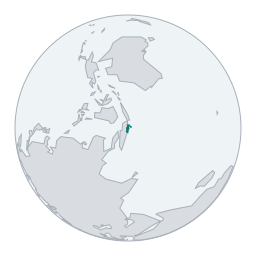 globe centered on Bengkulu, rotated 234°
{"feature_id": "IDN-1225", "entity_name": "Bengkulu", "entity_type": "Province", "adm_level": 1, "iso_a3": "IDN", "parent_name": "Indonesia", "parent_adm1": "", "projection": "orthographic", "projection_center": [102.58, -3.868], "detail": "fine", "context": "on_globe", "style": "filled", "palette": "teal", "viewbox_px": 256, "rotation_deg": 234, "n_neighbors": 0, "source": "natural_earth", "source_scale": "10m", "svg_char_len": 7815}
<svg xmlns="http://www.w3.org/2000/svg" viewBox="0 0 256 256"><g transform="rotate(234 128 128)"><circle cx="128" cy="128" r="113" fill="#eef3f6" stroke="#a8b0b8"/><path d="M233.6,157.5L233.4,158.3L233.6,157.5ZM174.3,25.3L172.7,24.6L174.5,25.5L167.5,22.5L170.3,23.6L174.3,25.3ZM164.2,21.3L162.8,20.9L163.1,21.0L164.2,21.3ZM32.6,68.1L31.3,70.6L34.5,66.1L35.2,68.5L37.9,67.8L45.2,58.5L40.7,59.3L43.5,55.2L49.8,50.8L54.2,50.7L55.4,49.2L55.6,46.0L59.6,43.2L56.0,44.8L55.2,46.2L53.0,47.4L53.5,46.3L54.9,45.2L54.4,44.7L47.9,50.5L46.4,52.6L43.4,54.4L40.6,58.1L38.7,60.2L42.6,54.7L44.5,52.5L47.0,49.8L54.5,42.6L62.7,36.2L63.0,36.0L64.4,35.1L68.1,32.7L67.9,32.9L71.3,30.8L74.1,29.6L73.6,29.4L77.8,27.2L81.8,25.3L83.1,24.7L79.8,26.2L91.2,21.5L93.0,21.0L90.0,22.8L86.8,24.0L86.2,23.8L82.8,25.7L84.9,24.7L84.8,25.1L88.9,23.5L89.0,23.7L92.7,22.0L93.3,22.1L90.9,23.1L97.4,21.4L99.8,21.5L101.2,21.1L102.0,20.6L104.5,21.4L105.4,21.0L105.0,20.6L106.5,19.7L110.3,18.6L110.9,19.0L109.6,19.4L108.0,21.1L104.5,22.5L105.1,22.5L108.3,21.4L110.4,19.4L112.4,18.6L111.9,19.4L112.3,19.1L113.5,18.9L115.3,19.0L116.1,18.2L128.7,16.6L133.5,17.2L131.6,17.8L141.2,18.3L145.8,19.7L145.4,19.2L149.7,19.5L148.3,19.0L148.4,18.8L158.8,20.4L161.7,21.4L165.7,22.2L163.5,21.4L167.5,22.5L174.5,25.5L178.9,27.7L178.6,27.9L180.3,29.3L177.4,29.0L179.0,30.4L180.6,31.1L183.9,33.9L185.5,37.9L177.5,31.5L173.8,26.6L174.7,28.1L172.5,27.0L171.7,27.2L172.5,28.5L173.8,29.1L165.0,28.6L163.0,32.5L168.0,33.3L171.2,35.5L173.3,42.5L164.5,50.8L168.8,55.3L169.1,57.8L165.7,58.8L165.0,55.0L161.4,53.1L161.6,51.0L155.8,51.8L155.8,48.9L151.3,51.3L153.1,53.9L158.3,54.0L154.3,57.7L159.7,62.9L160.5,68.5L151.9,77.7L143.0,80.0L142.5,81.9L138.8,79.4L134.1,82.9L140.9,94.6L140.7,97.9L133.0,103.7L132.8,101.2L123.3,94.6L121.5,102.5L128.7,109.6L131.2,117.9L125.7,115.0L123.1,107.8L119.7,105.3L120.7,98.3L117.8,88.0L112.2,89.7L112.6,85.7L107.9,77.6L99.8,80.0L87.0,90.5L85.2,100.9L80.8,105.6L75.4,90.7L75.6,80.9L72.1,81.9L67.9,74.2L56.0,74.4L55.8,72.0L53.2,73.3L50.5,71.3L50.8,67.6L48.5,68.0L48.3,77.9L50.9,77.5L55.2,73.3L54.4,77.0L57.2,80.2L48.9,89.8L33.7,99.6L34.7,91.9L35.9,72.6L37.2,70.4L37.3,70.1L37.5,69.7L35.1,73.4L36.1,69.8L32.8,83.0L31.2,89.1L33.4,100.1L32.6,101.4L34.1,103.7L41.8,100.0L41.3,102.6L36.2,115.4L27.6,133.8L30.2,145.5L32.0,155.8L29.9,163.3L33.3,171.2L32.6,174.4L34.7,179.0L36.0,184.2L37.0,189.3L35.2,190.4L32.6,186.4L27.8,178.9L20.1,160.4L17.9,151.3L16.6,144.6L16.1,141.2L15.5,132.7L15.4,124.3L16.0,115.8L17.3,107.4L19.1,99.1L21.6,91.0L24.7,83.1L28.3,75.5L32.6,68.1ZM44.3,52.6L42.4,54.9L42.5,54.7L39.4,58.5L40.7,56.8L44.3,52.6ZM56.4,55.9L60.6,56.1L63.1,50.7L64.9,50.5L65.1,48.9L63.2,50.4L64.2,46.2L67.7,44.7L69.4,42.6L68.0,42.5L61.6,46.0L60.1,51.8L57.2,54.1L56.4,55.9ZM43.2,60.2L41.1,62.0L41.2,61.3L41.9,60.8L43.2,60.2ZM38.2,61.2L38.3,62.1L37.7,61.9L38.2,61.2ZM86.7,208.2L89.1,209.6L87.5,209.7L86.7,208.2ZM42.2,153.0L43.8,171.5L40.9,171.9L38.2,166.6L36.1,155.5L38.8,152.1L39.6,147.0L42.2,153.0ZM159.3,139.5L162.6,140.3L162.5,140.9L159.3,139.5ZM155.9,137.3L159.7,137.8L155.2,138.4L155.9,137.3ZM161.2,138.0L165.1,137.4L166.7,136.8L166.4,137.9L161.2,138.0ZM153.3,137.0L139.1,135.7L133.4,133.9L134.8,132.0L143.9,133.2L153.3,137.0ZM134.3,131.9L125.7,125.9L113.8,109.8L118.0,110.2L130.5,120.2L129.7,121.8L134.9,126.4L134.3,131.9ZM155.2,123.5L154.4,128.5L146.5,127.3L143.0,126.2L140.5,119.6L141.9,116.5L144.8,116.9L156.1,107.1L160.0,110.2L156.6,114.3L159.8,118.9L155.2,123.5ZM85.6,101.9L88.0,108.3L85.6,109.3L85.6,101.9ZM160.6,100.3L156.1,104.4L160.2,98.7L160.6,100.3ZM162.9,94.9L163.3,97.2L161.4,94.8L162.9,94.9ZM142.4,84.9L139.3,85.2L139.2,83.6L143.1,82.4L142.4,84.9ZM161.0,73.5L161.1,77.8L160.6,79.3L159.1,76.4L161.0,73.5ZM112.9,17.4L106.8,18.3L103.0,19.3L101.7,20.1L100.9,19.6L106.8,18.1L112.9,17.4ZM126.7,16.5L127.8,16.1L129.1,16.3L126.7,16.5ZM126.2,16.3L124.3,16.0L126.0,15.8L127.2,16.1L126.2,16.3ZM113.8,16.3L112.0,16.6L112.4,16.5L113.8,16.3ZM207.7,199.7L207.7,201.1L204.6,204.0L200.7,206.7L198.1,206.8L207.7,199.7ZM184.2,201.4L185.3,197.0L189.0,197.5L186.4,201.1L184.2,201.4ZM210.3,197.6L213.2,194.4L215.5,189.5L213.7,194.2L214.5,195.3L208.3,201.1L210.3,197.6ZM174.2,181.0L152.6,186.6L148.1,185.0L149.8,181.6L146.9,170.8L148.4,171.1L148.1,164.1L161.3,159.1L170.8,148.9L177.5,150.5L182.9,143.2L189.5,144.9L187.1,150.9L193.5,156.5L199.1,143.1L201.7,159.3L205.6,166.1L205.2,176.7L193.9,192.2L188.5,194.5L188.0,192.6L185.6,194.0L182.7,192.5L182.1,186.4L179.8,187.8L182.6,183.8L178.9,187.1L177.8,183.1L174.2,181.0ZM220.9,163.2L221.6,164.0L222.2,167.4L221.2,166.3L220.9,163.2ZM231.9,159.7L231.8,161.3L231.3,161.1L231.9,159.7ZM233.4,158.4L232.7,158.4L233.6,157.5L233.4,158.4ZM225.9,155.6L226.1,156.8L225.8,157.0L225.9,155.6ZM225.7,155.2L226.3,153.8L226.0,155.4L225.7,155.2ZM223.0,145.3L223.5,144.7L223.6,145.4L223.0,145.3ZM167.5,141.0L172.2,137.6L174.7,137.6L167.5,141.0ZM222.4,143.3L221.2,142.7L221.4,142.0L222.4,143.3ZM222.6,141.5L222.5,140.3L223.1,143.2L222.6,141.5ZM220.4,138.1L221.8,140.6L220.2,138.3L220.4,138.1ZM219.5,138.0L218.4,136.8L218.5,136.5L219.5,138.0ZM206.3,135.8L210.4,143.7L206.9,142.5L202.9,137.3L199.5,140.5L192.0,138.3L193.8,136.2L192.9,132.4L184.9,129.5L183.2,126.9L186.2,125.8L180.8,123.1L186.7,123.0L189.0,128.2L192.4,125.1L197.9,127.2L203.2,129.9L207.3,134.6L206.3,135.8ZM186.6,133.6L187.6,133.8L186.6,135.1L186.6,133.6ZM216.3,133.4L217.9,136.3L217.7,136.8L216.9,136.2L216.3,133.4ZM208.3,134.0L212.7,131.2L213.7,131.6L210.8,135.3L208.3,134.0ZM211.7,128.3L213.7,129.4L214.7,132.0L214.3,132.5L211.7,128.3ZM174.5,127.2L174.2,128.5L172.7,127.3L174.5,127.2ZM176.5,126.7L181.2,128.9L176.1,127.8L176.5,126.7ZM162.1,120.3L163.5,123.6L167.9,122.1L164.5,124.6L167.5,130.1L166.4,131.9L163.5,125.9L162.4,131.6L160.4,131.3L159.4,126.2L161.4,120.4L163.4,118.2L171.4,118.2L162.1,120.3ZM176.5,122.9L175.3,119.1L176.2,116.9L177.6,119.0L176.5,122.9ZM171.5,110.1L168.0,105.7L165.0,106.8L171.1,102.0L173.4,107.0L171.5,110.1ZM168.4,101.0L165.6,102.0L168.5,99.2L168.4,101.0ZM164.8,100.6L164.4,97.8L166.7,98.5L164.8,100.6ZM169.9,101.3L170.3,96.8L171.6,99.6L169.9,101.3ZM163.3,91.7L168.3,96.7L161.9,94.1L161.2,85.5L164.0,85.6L163.3,91.7ZM176.0,61.8L175.1,59.6L177.5,59.6L177.4,61.0L176.0,61.8ZM184.3,58.4L177.8,58.9L172.5,59.8L174.3,61.0L173.5,64.3L170.5,60.6L173.9,57.5L178.1,57.5L178.3,54.9L181.1,53.7L179.9,50.3L180.9,49.3L183.3,52.4L184.3,58.4ZM179.2,48.9L178.1,43.7L182.6,45.4L183.9,46.9L182.5,48.5L180.1,47.5L179.2,48.9ZM179.1,43.0L176.9,42.0L170.5,34.4L170.2,33.3L177.5,39.5L175.8,39.0L176.6,40.8L179.1,43.0ZM163.4,21.1L162.9,20.9L164.1,21.3L163.4,21.1ZM147.5,18.6L147.9,18.4L149.4,18.8L147.5,18.6ZM149.8,18.2L147.9,17.9L149.6,18.1L149.8,18.2ZM143.7,17.5L147.0,17.8L144.2,17.7L143.7,17.5Z" fill="#d9dde1" stroke="#a8b0b8" stroke-width="1"/><path d="M130.0,130.1L129.9,130.1L129.8,129.9L129.7,129.9L129.7,130.0L129.6,129.9L129.4,129.8L129.4,129.7L129.2,129.5L128.9,129.3L128.7,129.2L128.2,128.8L127.9,128.6L127.6,128.3L127.5,128.2L127.4,128.2L127.5,128.0L127.4,127.9L127.4,127.7L127.0,127.4L126.6,127.1L126.2,126.8L126.1,126.7L125.7,126.2L125.5,125.8L125.5,125.7L125.4,125.7L125.2,125.6L124.9,125.3L125.0,125.3L125.1,125.2L125.3,125.0L125.5,124.9L125.8,124.8L125.9,125.0L126.0,125.0L126.0,125.3L126.3,125.5L126.5,125.7L126.7,125.8L126.8,125.8L127.0,125.9L127.1,126.0L127.3,126.2L127.3,126.3L127.5,126.5L127.5,126.4L127.7,126.5L127.8,126.5L127.8,126.8L127.9,127.0L128.0,127.0L128.2,126.9L128.3,126.9L128.4,127.0L128.5,127.0L128.8,127.1L128.8,127.4L128.7,127.4L128.6,127.5L128.2,127.8L128.2,128.0L128.3,128.1L128.5,128.3L128.6,128.2L128.7,128.3L128.8,128.3L129.0,128.3L129.2,128.5L129.2,128.8L129.3,128.8L129.5,128.9L129.8,129.0L130.0,129.0L130.0,129.3L130.2,129.5L130.2,129.8L130.3,129.8L130.2,130.0L130.0,130.1ZM127.7,131.0L127.4,131.2L127.1,130.9L127.3,130.8L127.5,130.9L127.6,131.0L127.7,131.0Z" fill="#14b8a6" stroke="#0f766e" stroke-width="1.5"/></g></svg>